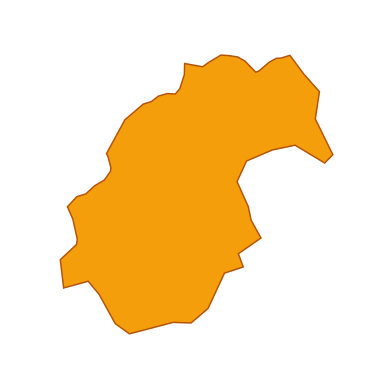 the border of Aizputes, rotated 258°
{"feature_id": "LVA-5714", "entity_name": "Aizputes", "entity_type": "Municipality", "adm_level": 1, "iso_a3": "LVA", "parent_name": "Latvia", "parent_adm1": "", "projection": "mercator", "projection_center": [21.624, 56.709], "detail": "fine", "context": "isolated", "style": "filled", "palette": "amber", "viewbox_px": 384, "rotation_deg": 258, "n_neighbors": 0, "source": "natural_earth", "source_scale": "10m", "svg_char_len": 849}
<svg xmlns="http://www.w3.org/2000/svg" viewBox="0 0 384 384"><g transform="rotate(258 192 192)"><path d="M124.8,46.5L153.2,49.1L164.7,68.2L169.8,70.0L190.3,69.8L203.5,67.1L211.4,78.4L212.2,87.7L218.4,98.2L221.9,108.7L229.3,116.7L233.0,117.7L244.1,117.2L247.3,116.3L276.7,141.5L288.1,162.6L288.9,171.0L292.8,179.2L293.4,188.4L291.3,196.0L295.6,201.6L308.4,208.9L319.2,211.5L312.3,228.4L315.3,235.2L319.9,248.7L317.9,256.0L314.6,264.7L309.1,271.0L295.9,279.3L296.4,282.5L302.9,294.5L305.2,302.2L304.5,307.0L305.3,316.2L284.0,325.9L263.6,337.5L237.8,327.8L199.2,337.5L192.8,327.8L216.4,302.5L216.4,279.1L211.0,251.8L192.8,238.2L166.0,244.0L152.0,244.0L132.7,249.9L122.0,224.5L108.1,226.5L105.9,206.9L74.8,183.5L64.1,163.9L68.4,146.3L66.3,101.3L79.1,89.6L111.3,79.8L126.3,71.9L124.8,46.5Z" fill="#f59e0b" stroke="#b45309" stroke-width="1.5"/></g></svg>